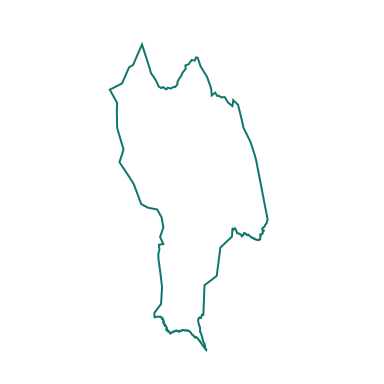 Guovdageaidnu sme 1, Finnmark, Norway, rotated 74°
{"feature_id": "86288312B74284621306348", "entity_name": "Guovdageaidnu sme 1", "entity_type": "district", "adm_level": 2, "iso_a3": "NOR", "parent_name": "Norway", "parent_adm1": "Finnmark", "projection": "robinson", "projection_center": [24.886, 69.134], "detail": "fine", "context": "isolated", "style": "outline", "palette": "teal", "viewbox_px": 384, "rotation_deg": 74, "n_neighbors": 0, "source": "geoboundaries", "source_scale": "gbopen_adm2", "svg_char_len": 5405}
<svg xmlns="http://www.w3.org/2000/svg" viewBox="0 0 384 384"><g transform="rotate(74 192 192)"><path d="M115.1,127.1L118.2,128.3L120.5,129.5L116.1,132.6L109.8,134.4L109.1,137.7L106.7,140.1L106.6,141.3L102.9,142.3L104.6,146.4L100.3,145.5L96.6,145.1L85.4,145.8L73.6,149.1L64.4,149.6L63.8,151.0L66.4,153.2L65.0,156.0L68.3,160.1L68.5,163.5L71.9,164.1L73.9,167.1L74.9,168.3L77.9,170.9L79.7,173.3L82.3,175.8L83.3,175.9L84.4,176.3L84.6,176.5L86.5,179.3L86.2,179.9L85.9,180.9L86.7,183.6L85.1,186.7L86.2,188.1L86.2,188.6L83.1,190.9L83.6,192.9L81.5,194.9L75.5,195.8L69.9,197.4L66.9,198.6L57.6,198.7L36.4,199.4L53.6,213.6L54.9,218.2L68.3,229.3L69.3,234.2L71.0,242.8L85.8,239.4L92.2,241.6L109.9,246.3L132.3,246.1L143.4,253.5L161.4,247.8L168.4,245.8L189.7,244.1L195.0,238.6L199.2,230.3L208.0,228.2L218.2,229.3L226.5,235.1L234.1,233.9L233.6,238.3L238.6,239.3L242.5,241.5L247.2,242.7L262.3,244.9L275.2,247.0L291.1,252.6L297.9,261.6L302.1,262.5L302.4,259.2L303.4,256.3L303.9,256.2L304.0,256.1L303.9,256.1L304.5,256.0L304.5,255.9L305.2,255.5L305.8,255.6L306.1,255.5L306.2,255.4L306.3,255.3L306.1,255.1L306.9,255.1L307.1,255.0L307.1,254.9L307.4,254.9L307.5,254.9L307.7,255.0L308.0,254.9L308.1,255.0L308.7,255.0L308.8,254.8L309.1,254.8L309.2,255.0L309.4,255.0L309.5,255.1L309.4,255.3L309.7,255.2L309.6,255.3L309.9,255.5L310.3,255.4L310.3,255.5L310.6,255.5L310.6,255.4L311.0,255.4L310.9,255.4L311.2,255.3L311.8,255.2L312.4,255.1L312.4,254.9L312.2,254.9L312.3,254.9L312.2,254.8L312.3,254.8L312.2,254.8L312.3,254.6L312.5,254.5L312.4,254.4L313.2,254.0L313.3,254.0L313.2,254.1L313.3,254.1L313.5,254.2L313.9,254.2L314.3,253.9L315.0,253.9L315.3,253.7L315.5,253.8L315.8,254.0L316.1,254.0L316.2,254.3L317.3,254.6L317.3,254.4L317.2,254.4L317.4,254.3L318.0,254.3L318.4,254.1L318.2,254.0L318.3,253.9L318.1,253.7L318.3,253.7L318.6,253.7L318.9,253.5L318.8,253.3L318.9,253.2L319.1,253.1L319.1,252.9L319.3,252.7L319.8,252.6L320.5,252.4L320.8,252.4L321.3,252.4L321.6,252.2L321.7,251.9L321.9,251.8L321.6,251.5L321.7,251.4L321.8,251.2L321.7,250.8L321.4,250.5L321.5,249.9L321.4,249.8L321.5,249.7L321.3,249.5L321.4,249.4L321.3,249.2L321.4,248.9L321.3,248.7L321.1,248.3L321.1,248.2L321.1,247.7L320.8,247.5L320.7,247.2L321.0,246.9L321.4,245.7L321.3,244.9L321.1,244.9L321.2,244.7L321.3,244.4L321.4,244.2L321.5,244.2L321.5,243.9L321.9,243.8L322.1,243.2L322.8,243.1L322.9,242.9L322.9,242.7L322.3,242.4L322.2,242.1L322.1,241.8L322.2,241.4L322.2,240.9L322.3,240.6L322.5,240.4L322.4,240.2L322.5,240.1L322.4,239.6L322.1,239.4L322.3,239.0L322.3,238.6L322.2,238.5L322.4,238.1L322.5,237.8L323.2,237.3L323.3,237.0L323.3,236.7L323.1,236.6L323.3,236.1L323.5,235.9L323.7,235.6L323.6,235.3L323.8,235.2L323.9,234.7L323.7,234.6L323.8,234.5L323.9,234.2L324.3,233.9L324.5,233.9L324.6,233.6L324.6,233.4L324.8,233.2L325.2,232.8L325.3,232.6L325.7,232.5L326.0,232.5L326.8,232.1L327.0,231.8L327.8,231.6L328.9,231.4L329.1,231.2L329.8,230.6L329.8,230.4L331.0,230.0L331.3,229.7L331.6,229.8L331.7,229.6L332.0,229.5L332.1,229.3L332.1,229.1L332.3,229.0L332.2,228.9L332.3,228.8L332.5,228.8L332.4,228.6L332.5,228.3L332.8,228.2L332.7,227.9L332.9,227.8L333.1,227.6L333.4,227.4L333.6,227.4L334.2,227.1L335.4,226.4L337.1,225.9L337.4,225.8L337.2,225.6L337.4,225.4L337.9,225.2L338.8,225.0L339.4,225.0L341.8,224.1L342.2,224.1L343.1,223.8L343.2,223.6L343.5,223.6L343.8,223.4L344.9,223.1L345.0,222.9L347.1,222.3L347.6,222.0L347.3,221.9L347.2,221.7L346.4,222.0L346.5,222.1L345.8,222.3L344.9,222.2L343.9,221.9L340.9,221.9L339.0,222.4L338.2,222.5L337.1,222.2L336.7,222.3L336.0,222.4L334.7,222.3L334.4,222.2L332.9,222.2L332.6,222.3L331.9,222.4L330.0,222.3L329.4,222.4L329.1,222.7L328.6,222.8L327.8,222.5L327.4,222.4L326.7,222.1L324.1,221.7L323.3,221.7L323.1,221.8L322.8,221.9L321.1,221.7L319.8,221.9L319.2,221.9L316.6,221.4L316.2,220.9L315.5,220.7L315.1,220.1L315.1,219.9L314.7,219.4L315.1,218.8L315.4,218.6L315.5,218.4L315.6,218.2L315.3,218.0L314.9,217.8L314.3,217.4L314.2,217.3L314.2,217.2L313.8,216.9L313.7,216.8L313.3,216.7L312.7,216.2L312.9,215.9L313.0,215.7L312.9,215.6L313.1,215.5L313.2,215.4L313.2,215.2L312.8,215.1L312.8,214.8L285.1,205.7L279.5,191.4L253.2,180.0L246.1,166.2L245.6,165.7L238.7,163.4L238.6,163.1L238.8,162.9L239.2,162.8L238.9,162.6L239.4,162.4L239.4,160.8L239.1,160.6L241.1,160.1L244.0,160.1L244.6,158.5L245.8,157.6L245.9,157.3L246.3,157.1L246.5,156.5L246.7,156.4L248.2,156.3L248.4,156.2L247.8,155.2L247.7,154.8L247.2,154.2L246.9,153.9L246.4,153.8L246.0,153.4L245.9,153.3L246.0,153.2L246.4,152.9L246.3,152.7L246.2,152.4L246.3,152.2L246.7,152.0L246.9,151.8L247.2,151.9L247.4,151.8L248.0,151.2L248.7,150.9L249.0,150.2L248.6,149.9L248.5,149.7L250.6,148.2L251.0,148.1L252.3,147.3L252.4,147.2L252.5,146.9L252.3,146.7L252.5,146.5L253.3,146.0L254.4,145.2L254.5,144.9L254.2,144.7L254.5,144.5L254.6,144.3L255.4,143.7L255.8,143.3L255.8,142.8L255.7,142.7L256.0,142.2L256.6,141.6L256.6,141.2L256.4,140.6L256.5,140.3L256.4,140.1L256.5,139.8L256.4,139.5L255.6,139.6L254.5,138.9L253.1,138.0L252.3,138.5L251.9,138.4L251.7,138.2L251.6,137.9L251.5,135.9L251.4,135.5L251.1,135.2L250.2,135.3L249.8,135.2L249.4,134.8L249.2,134.0L249.1,133.7L248.8,133.5L248.5,133.8L248.5,134.2L248.5,134.4L248.3,134.5L247.8,134.7L246.8,134.7L246.6,134.3L245.8,133.7L245.7,133.5L245.7,133.0L245.5,132.2L245.1,131.6L243.9,130.9L242.6,128.9L239.8,127.2L239.5,126.9L179.2,121.6L174.2,121.5L159.5,122.0L144.5,124.8L136.5,124.3L120.7,123.7L115.1,127.1Z" fill="none" stroke="#0f766e" stroke-width="2"/></g></svg>